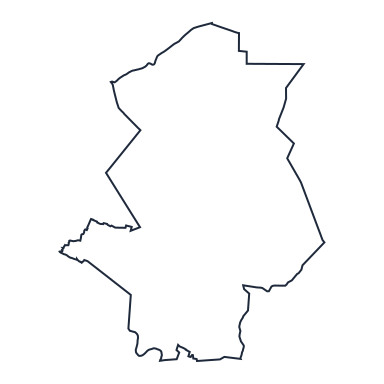 San Blas Atempa, Oaxaca, Mexico (orthographic projection)
{"feature_id": "50627088B2240066816782", "entity_name": "San Blas Atempa", "entity_type": "district", "adm_level": 2, "iso_a3": "MEX", "parent_name": "Mexico", "parent_adm1": "Oaxaca", "projection": "orthographic", "projection_center": [-95.19, 16.36], "detail": "fine", "context": "isolated", "style": "outline", "palette": "slate", "viewbox_px": 384, "rotation_deg": 0, "n_neighbors": 0, "source": "geoboundaries", "source_scale": "gbopen_adm2", "svg_char_len": 5062}
<svg xmlns="http://www.w3.org/2000/svg" viewBox="0 0 384 384"><path d="M303.6,64.1L246.7,63.8L246.7,51.7L245.6,51.6L238.9,50.9L238.9,47.6L239.0,33.1L238.6,33.1L235.4,32.2L231.0,30.6L220.4,27.0L211.9,24.0L211.9,23.0L210.1,23.5L198.4,26.6L195.9,27.4L193.7,28.1L191.3,29.7L189.8,31.0L188.0,32.6L186.4,33.9L185.0,35.1L182.5,37.5L178.9,41.4L176.6,42.7L174.3,43.9L171.9,45.7L169.5,47.6L167.0,49.5L164.1,51.6L161.5,53.1L159.8,54.3L158.0,55.5L157.2,56.4L156.5,58.2L155.5,60.6L154.8,63.1L154.4,63.9L153.7,64.5L153.1,64.7L152.3,64.7L151.4,64.2L150.6,63.7L149.5,63.3L148.5,63.3L147.8,63.9L147.2,64.6L146.8,65.3L146.4,65.6L146.1,65.9L144.9,66.9L144.2,67.2L142.8,68.0L141.9,68.4L141.0,68.6L140.1,68.8L139.3,69.1L138.6,69.3L137.7,69.5L136.7,69.7L136.0,69.9L135.0,70.1L134.1,70.4L133.3,70.5L132.4,70.7L131.6,71.0L130.9,71.4L130.2,71.8L129.4,72.1L127.0,73.8L125.9,74.5L123.9,75.3L119.9,77.9L118.2,79.3L117.1,80.5L116.1,81.3L114.7,82.3L113.5,82.1L112.3,81.6L111.4,81.7L110.8,82.0L112.0,83.4L112.8,84.9L113.9,90.6L116.8,102.2L118.7,108.0L121.7,111.2L123.3,112.7L124.5,114.2L138.0,127.9L138.9,128.7L140.4,130.2L110.2,167.7L106.0,172.8L123.6,201.0L140.0,227.2L130.7,230.8L131.7,226.9L129.7,226.4L126.1,225.5L125.5,227.8L118.5,227.7L115.2,227.6L111.5,225.6L110.4,226.3L107.8,224.9L107.3,224.4L107.2,224.0L103.7,223.1L103.3,223.5L103.1,224.1L100.2,223.9L97.2,222.5L97.1,221.7L93.0,220.0L93.1,219.7L91.0,219.0L88.1,225.7L87.9,226.0L87.2,227.7L87.2,227.8L87.3,228.0L87.5,228.2L87.6,228.3L86.8,230.1L86.7,230.1L86.3,229.8L86.1,229.6L85.9,229.5L85.7,229.4L85.4,229.4L85.3,229.5L85.0,229.6L84.7,230.1L84.4,230.6L84.3,230.8L84.2,230.9L84.2,231.0L84.2,231.4L84.2,231.7L84.2,231.8L84.1,232.2L84.1,232.5L84.0,232.8L83.8,233.1L83.5,233.6L83.4,233.9L83.1,234.1L82.8,234.1L82.5,234.1L82.2,234.2L81.7,234.4L81.3,234.9L81.2,235.9L81.2,236.1L81.0,237.0L81.0,237.5L80.6,239.4L80.3,240.7L78.9,240.4L78.4,240.3L78.0,240.3L77.9,240.3L77.7,240.3L77.1,240.5L76.9,240.6L76.5,240.7L76.0,240.8L75.5,240.9L75.2,241.0L74.7,241.0L73.7,241.2L73.4,241.2L73.1,241.2L72.9,241.1L72.3,241.0L71.9,240.9L71.2,240.8L70.4,240.6L70.1,240.5L69.6,240.6L69.2,240.9L69.2,241.4L69.3,241.4L69.3,241.6L69.2,241.8L69.2,242.1L69.1,242.3L68.9,242.9L68.8,243.0L68.7,243.0L68.7,243.3L68.7,243.5L68.7,243.9L68.6,244.4L68.5,244.9L68.4,245.2L68.0,245.2L67.5,245.2L66.5,245.2L66.3,245.2L65.8,245.2L65.5,245.2L65.2,245.1L65.2,245.4L64.6,245.9L64.4,246.0L64.1,246.4L64.1,246.5L64.0,246.8L63.9,247.0L63.6,247.6L63.6,247.8L63.4,247.9L63.2,247.9L62.8,247.9L62.9,248.0L63.0,248.2L63.1,248.3L63.1,248.6L62.6,249.1L62.5,249.4L62.0,249.8L62.3,250.5L62.5,250.8L62.4,250.9L62.2,251.2L62.0,251.4L61.8,251.4L61.4,252.2L60.7,251.8L60.5,251.5L60.3,251.4L60.2,251.4L59.9,251.5L59.6,251.6L59.7,251.8L60.0,252.1L60.6,252.5L60.9,252.7L61.2,252.8L61.3,252.9L62.2,253.3L62.3,253.4L64.2,254.3L64.3,254.3L65.2,254.5L65.3,254.5L65.6,254.6L65.8,254.7L66.0,254.8L66.4,255.0L66.7,255.2L66.9,255.3L67.0,255.4L67.2,255.6L67.4,255.7L67.5,255.8L67.7,256.0L67.9,256.1L68.1,256.3L68.3,256.5L68.7,256.7L69.0,256.9L69.2,257.0L69.5,257.2L69.6,257.3L70.0,257.4L70.4,257.7L70.9,257.8L71.3,257.9L71.5,257.9L72.0,258.1L72.6,258.3L73.1,258.5L73.6,258.7L74.1,258.9L74.3,259.0L74.8,259.1L75.0,259.2L75.8,259.4L76.8,259.8L77.0,259.3L77.0,259.1L77.6,259.9L78.9,261.2L79.8,261.5L80.0,261.8L80.5,262.1L80.9,261.9L81.1,262.0L81.7,262.7L83.5,261.1L83.8,260.8L84.1,260.5L84.2,260.2L84.3,260.0L87.6,261.2L130.8,294.9L128.4,328.6L129.9,330.8L134.4,332.0L135.3,332.3L136.5,333.5L137.3,334.4L137.9,335.9L138.0,338.2L137.7,339.6L137.6,340.7L137.4,343.8L136.3,348.1L135.8,349.6L135.8,350.5L136.0,352.2L136.5,353.2L137.1,353.9L137.6,354.4L138.1,355.1L138.7,355.7L139.3,355.8L140.1,355.9L141.3,355.7L142.6,355.2L143.5,354.5L144.1,354.1L145.5,352.8L146.4,351.8L147.5,350.7L148.7,349.9L150.0,349.4L151.7,349.0L153.5,348.3L154.4,348.3L156.2,348.7L157.5,349.3L159.2,349.8L160.3,350.5L161.0,351.2L161.4,352.1L161.7,354.0L161.8,354.6L161.8,355.7L161.2,357.2L161.3,358.0L160.8,359.0L160.2,360.0L160.0,360.8L162.0,360.5L164.7,360.1L176.7,359.2L179.2,352.5L176.5,350.0L178.1,344.9L179.6,346.4L183.6,348.1L186.0,349.5L185.9,349.8L189.1,351.6L189.7,351.9L188.4,356.3L189.8,356.8L190.7,357.0L191.0,356.3L192.1,355.0L192.9,355.1L193.3,358.5L196.6,359.0L197.0,361.0L220.0,359.4L224.3,356.9L240.6,358.9L240.4,358.5L240.9,356.6L241.2,356.0L241.7,354.4L242.0,352.4L242.6,351.3L243.8,346.8L243.8,346.1L243.8,345.7L243.6,345.3L242.3,343.3L241.0,341.5L239.8,337.8L239.4,336.3L239.7,334.1L240.4,331.0L240.0,329.7L239.6,328.1L239.3,327.3L239.3,326.5L239.6,325.0L239.9,323.5L240.3,322.1L241.2,320.2L242.8,317.7L243.3,316.2L248.0,310.5L249.2,293.6L244.1,289.1L243.2,285.3L256.6,287.4L261.1,287.7L262.3,288.0L263.5,288.8L267.2,291.3L268.9,291.2L271.5,286.5L272.9,285.8L275.2,285.5L276.0,285.6L285.2,285.7L286.5,284.6L288.0,282.4L291.8,280.4L297.1,274.0L298.6,273.2L301.4,269.7L302.5,265.3L324.4,242.4L322.5,240.0L320.2,233.7L318.1,228.2L301.0,182.5L299.1,179.0L287.2,158.3L293.9,143.5L276.7,126.7L278.8,120.4L278.9,119.4L283.6,107.5L286.1,98.7L286.0,88.0L303.6,64.1Z" fill="none" stroke="#1e293b" stroke-width="2"/></svg>